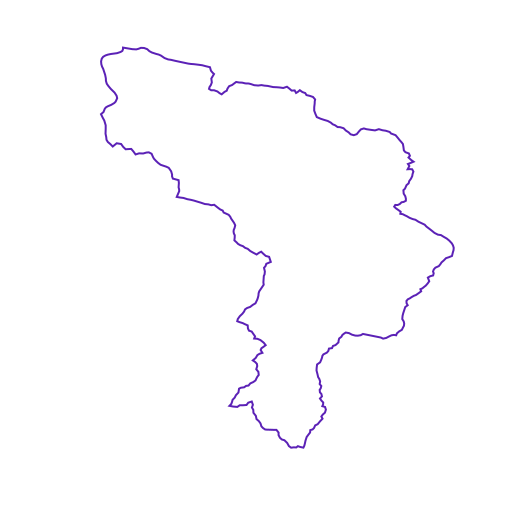 Botucatu, São Paulo, Brazil, rotated 282°
{"feature_id": "56859067B91204286934079", "entity_name": "Botucatu", "entity_type": "district", "adm_level": 2, "iso_a3": "BRA", "parent_name": "Brazil", "parent_adm1": "São Paulo", "projection": "equal_earth", "projection_center": [-48.5, -22.839], "detail": "fine", "context": "isolated", "style": "outline", "palette": "violet", "viewbox_px": 512, "rotation_deg": 282, "n_neighbors": 0, "source": "geoboundaries", "source_scale": "gbopen_adm2", "svg_char_len": 6085}
<svg xmlns="http://www.w3.org/2000/svg" viewBox="0 0 512 512"><g transform="rotate(282 256 256)"><path d="M432.2,82.6L430.5,82.9L428.8,82.6L427.4,81.1L425.5,77.9L423.4,72.0L422.2,69.3L420.9,67.1L419.1,65.1L417.0,64.1L414.2,64.0L411.5,64.8L409.3,66.0L407.3,67.6L401.8,70.8L398.5,72.2L396.1,72.8L393.5,74.2L391.8,76.0L390.6,77.5L389.2,79.3L388.0,81.2L386.4,83.7L383.8,86.3L381.5,87.4L377.8,86.6L376.2,85.6L373.7,82.9L371.7,80.0L370.3,78.4L368.7,77.5L365.1,76.9L362.5,74.9L359.3,77.4L357.0,79.4L352.6,81.8L349.3,82.5L344.3,83.4L341.1,84.8L338.6,85.6L336.7,87.4L335.1,90.4L333.3,93.1L337.3,96.3L337.5,100.8L335.2,103.3L333.3,106.3L334.0,108.7L334.8,111.7L332.8,114.3L330.3,117.1L332.1,120.3L332.8,124.3L334.4,127.3L335.1,129.6L334.3,132.6L331.4,134.7L330.0,135.9L328.3,138.3L326.7,140.9L325.4,143.7L325.1,146.1L324.7,149.7L324.1,152.3L321.2,155.4L318.2,157.0L316.5,157.3L314.4,158.6L314.1,164.5L311.3,165.4L307.1,166.0L305.3,166.9L303.5,167.4L297.3,166.2L297.4,169.4L297.7,173.0L297.3,177.0L297.4,180.7L297.3,183.7L297.0,187.1L296.7,191.0L296.2,195.2L296.6,198.6L296.4,201.7L297.4,204.5L295.5,208.3L294.1,211.3L293.5,214.0L291.8,215.3L291.3,217.6L290.6,220.7L289.1,222.6L287.4,223.9L285.9,225.5L283.9,227.6L281.7,229.3L278.9,229.2L276.8,228.8L275.1,229.0L273.4,229.7L271.9,230.9L269.8,231.3L266.8,231.6L265.3,234.2L264.1,235.9L263.3,238.3L262.9,241.2L261.7,243.7L261.3,246.4L259.7,249.3L258.7,252.4L257.6,256.3L259.7,258.2L261.3,260.2L260.0,262.2L258.1,265.5L257.9,269.0L253.3,271.7L250.5,267.7L248.1,267.4L246.1,266.3L242.7,267.9L239.8,268.2L238.1,267.8L231.8,268.7L229.5,269.5L222.1,266.5L220.1,266.3L217.7,266.6L215.4,266.5L213.6,266.3L209.6,265.3L207.5,263.0L205.0,260.9L203.3,258.1L201.5,256.4L199.2,255.9L196.7,254.7L193.8,252.7L190.6,251.3L188.3,251.2L187.9,253.6L187.6,257.0L187.0,259.3L186.4,262.3L183.4,263.2L181.5,264.7L181.2,267.5L179.5,269.3L177.2,271.8L174.9,271.4L175.3,274.6L174.7,277.8L172.8,281.6L170.8,284.0L168.8,282.3L166.9,280.5L165.0,280.1L162.6,282.4L161.1,279.8L159.4,278.0L156.2,276.9L153.2,274.6L152.1,277.3L150.7,279.3L148.6,280.1L145.3,279.8L143.2,282.4L140.2,283.4L138.2,282.4L136.1,281.8L134.2,281.4L132.1,279.5L130.2,276.9L127.7,275.6L126.9,273.3L125.1,271.7L124.0,268.6L122.7,267.0L118.8,267.2L115.7,265.3L113.0,264.6L110.5,263.0L108.4,262.9L106.2,262.6L103.9,261.2L104.0,265.0L104.5,269.1L106.6,271.1L107.2,274.0L108.3,277.7L110.9,278.9L112.8,282.1L109.8,283.9L107.0,283.5L105.0,285.3L102.1,286.1L99.6,289.1L96.6,290.4L95.1,293.1L93.2,295.2L90.5,296.7L89.2,298.6L88.2,301.0L88.5,303.4L89.0,305.8L89.4,308.3L90.2,312.1L88.0,314.8L85.5,315.3L83.2,317.2L81.9,319.4L81.7,322.1L79.6,325.4L76.9,327.7L75.8,330.2L76.7,332.7L77.1,335.2L78.7,336.5L78.4,338.9L78.4,342.2L80.5,342.7L82.6,342.8L85.7,342.8L89.5,343.2L91.9,344.3L94.6,345.6L97.0,345.3L98.1,347.4L99.8,348.5L102.6,349.1L104.3,351.3L107.6,353.0L110.7,354.9L112.6,353.3L114.8,354.3L117.1,356.0L120.3,356.3L122.7,354.9L122.9,352.1L124.9,352.5L126.7,352.2L128.2,350.0L129.9,348.2L132.4,349.7L134.7,348.6L135.9,346.9L138.3,346.1L140.0,346.8L142.4,346.9L144.0,344.9L146.7,344.8L149.0,343.4L150.4,342.0L153.2,340.7L156.6,339.0L159.1,338.6L162.6,338.3L165.3,340.8L168.1,341.4L170.3,341.7L172.2,341.7L173.8,342.4L176.2,345.4L178.2,346.5L180.6,346.6L181.7,349.5L184.0,350.0L185.4,352.3L188.6,354.6L190.3,354.4L192.6,354.5L194.7,356.3L196.7,356.9L198.3,358.2L199.8,359.7L199.9,363.0L199.0,366.2L198.8,369.6L199.2,372.1L200.3,374.9L202.0,376.8L202.2,395.0L201.6,397.5L202.9,400.4L204.9,402.8L206.6,405.0L207.5,407.3L207.6,409.6L209.6,409.9L212.0,411.7L214.1,414.0L216.8,414.7L218.5,415.2L220.7,415.0L222.7,414.1L224.7,412.2L227.9,411.8L230.7,411.9L237.1,412.6L239.4,414.6L241.1,413.1L243.3,412.5L245.2,413.5L246.6,415.3L248.0,416.6L249.9,418.7L251.1,420.6L253.7,423.0L255.8,424.9L257.7,423.7L258.9,425.4L260.9,427.0L262.3,428.2L264.8,429.6L267.3,430.7L270.6,428.6L272.5,430.7L273.8,433.3L276.1,433.4L277.6,432.4L279.8,432.7L281.9,433.9L284.1,436.9L286.2,438.0L288.3,438.8L290.7,440.6L293.4,442.3L294.9,444.9L296.8,447.7L300.4,447.8L302.7,448.0L305.1,447.7L307.3,446.5L309.1,444.9L311.2,441.9L312.7,439.0L313.9,435.3L314.9,432.6L314.7,429.5L315.7,425.8L317.2,422.9L318.8,419.6L320.2,416.6L321.7,414.5L322.5,411.2L323.3,407.8L324.6,404.4L324.7,401.5L325.3,398.2L326.3,395.2L326.8,393.0L327.4,390.9L327.3,388.4L329.4,388.3L330.6,385.6L331.7,383.0L333.0,380.9L334.9,381.6L335.3,383.9L336.7,385.8L338.8,387.2L339.6,389.2L341.2,391.1L343.2,390.7L345.5,389.6L347.7,387.5L351.0,386.5L352.8,387.7L354.6,388.1L356.6,388.5L358.8,390.2L361.1,390.3L363.8,391.5L366.6,392.2L368.7,392.1L371.3,392.4L373.3,390.7L373.0,388.5L372.4,386.3L375.9,387.3L377.6,385.5L379.3,388.1L381.0,390.5L382.1,388.0L384.0,384.7L386.0,385.7L388.1,384.2L388.6,380.6L390.0,378.7L393.4,377.5L396.1,376.4L397.6,374.6L399.2,372.4L401.1,370.1L403.2,367.4L403.9,362.6L405.1,361.0L405.5,356.9L405.3,353.5L405.6,349.8L403.6,346.3L403.3,342.5L403.0,337.6L403.2,335.0L401.7,332.3L399.4,330.9L396.1,329.2L394.5,326.5L394.7,323.2L396.2,320.9L397.4,317.8L399.2,315.1L399.5,311.5L399.1,309.0L400.3,306.2L400.8,303.6L402.0,301.5L403.0,298.1L403.3,294.3L403.7,290.7L404.5,286.6L407.3,284.6L410.3,282.7L413.8,282.0L417.2,281.7L419.5,281.3L421.4,281.3L423.4,278.7L423.8,275.5L423.9,271.9L425.6,270.3L426.0,267.3L427.3,264.4L425.1,262.7L423.8,261.3L426.0,259.4L425.2,256.5L426.8,253.6L428.0,251.1L426.0,247.7L425.8,244.5L425.4,241.3L424.8,237.7L424.8,235.1L424.8,232.1L424.4,228.8L424.3,225.8L423.2,222.7L422.7,218.7L423.1,215.4L423.2,213.0L422.6,209.7L422.7,206.5L422.2,203.4L422.1,200.4L420.3,198.8L418.3,197.1L416.5,194.4L413.8,193.3L411.6,193.0L410.0,191.1L407.0,188.8L407.7,186.5L408.9,184.1L409.4,180.5L408.8,177.7L409.7,175.3L411.6,175.4L413.8,176.3L416.6,176.7L420.3,175.4L425.3,177.1L426.3,175.4L427.9,173.4L431.1,171.7L431.2,167.6L431.4,163.7L431.1,159.7L430.7,155.2L430.3,152.3L430.1,149.7L430.1,146.6L430.1,141.4L430.1,136.6L430.2,132.0L430.0,129.2L430.6,125.4L432.3,121.3L432.8,118.9L432.9,116.4L433.4,111.8L434.2,109.1L435.7,106.6L436.2,103.3L435.7,100.2L434.2,97.9L433.2,95.9L432.6,92.0L432.2,82.6Z" fill="none" stroke="#5b21b6" stroke-width="2"/></g></svg>